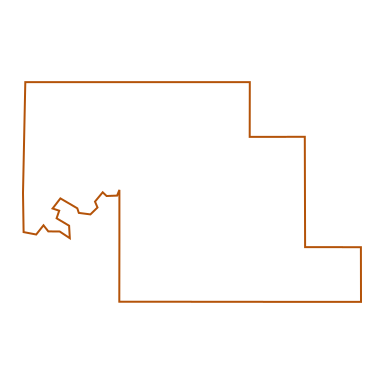 Okfuskee, Oklahoma, United States of America (Robinson projection)
{"feature_id": "52423323B78469060482837", "entity_name": "Okfuskee", "entity_type": "district", "adm_level": 2, "iso_a3": "USA", "parent_name": "United States of America", "parent_adm1": "Oklahoma", "projection": "robinson", "projection_center": [-96.434, 35.464], "detail": "fine", "context": "isolated", "style": "outline", "palette": "amber", "viewbox_px": 384, "rotation_deg": 0, "n_neighbors": 0, "source": "geoboundaries", "source_scale": "gbopen_adm2", "svg_char_len": 490}
<svg xmlns="http://www.w3.org/2000/svg" viewBox="0 0 384 384"><path d="M23.0,193.1L23.6,232.1L36.2,234.5L43.5,225.3L48.3,231.4L59.7,231.5L69.8,238.2L69.1,225.7L56.6,218.3L59.2,210.7L52.6,208.5L60.4,198.4L77.3,208.3L78.8,212.9L90.4,214.4L97.5,207.5L95.0,201.6L102.7,192.3L106.6,196.0L117.1,195.6L119.4,189.9L119.4,240.6L119.3,301.7L333.1,301.9L361.0,301.9L360.9,247.2L305.1,247.1L304.8,136.8L249.7,136.9L249.8,82.1L25.3,82.1L23.0,193.1Z" fill="none" stroke="#b45309" stroke-width="2"/></svg>